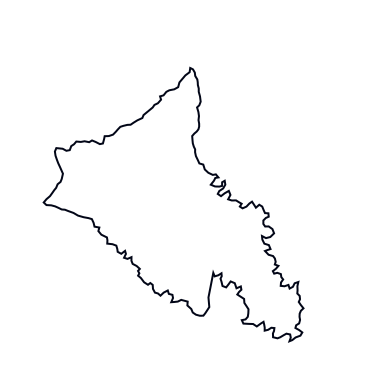 Palma Sola, Santa Catarina, Brazil (orthographic projection), rotated 285°
{"feature_id": "56859067B30119387857874", "entity_name": "Palma Sola", "entity_type": "district", "adm_level": 2, "iso_a3": "BRA", "parent_name": "Brazil", "parent_adm1": "Santa Catarina", "projection": "orthographic", "projection_center": [-53.322, -26.383], "detail": "fine", "context": "isolated", "style": "outline", "palette": "ink", "viewbox_px": 384, "rotation_deg": 285, "n_neighbors": 0, "source": "geoboundaries", "source_scale": "gbopen_adm2", "svg_char_len": 3639}
<svg xmlns="http://www.w3.org/2000/svg" viewBox="0 0 384 384"><g transform="rotate(285 192 192)"><path d="M141.7,54.8L142.7,59.5L142.7,63.5L142.1,67.2L141.4,70.7L142.0,73.8L141.6,77.2L141.1,83.0L139.7,88.0L139.6,93.9L140.0,98.8L139.9,102.3L136.8,104.9L133.3,106.8L133.7,111.7L130.0,111.7L127.3,115.5L126.1,121.6L123.5,122.8L120.2,123.5L121.0,128.7L120.6,132.8L117.6,134.6L115.0,135.7L114.0,139.7L117.8,142.6L115.1,144.2L110.9,143.4L110.7,147.0L113.4,150.4L109.9,151.3L107.2,153.3L106.2,157.7L104.2,161.5L101.8,160.3L99.8,162.2L97.2,161.6L95.7,164.9L92.4,169.1L91.0,173.5L93.3,175.3L92.1,178.1L88.3,179.4L85.2,182.3L85.2,185.4L83.7,188.4L87.5,190.7L90.6,194.1L87.6,196.0L87.6,199.7L84.7,201.1L80.2,200.5L81.2,203.4L82.5,206.7L85.0,209.5L85.0,216.2L81.2,216.9L78.8,221.6L75.8,223.9L74.5,227.6L74.5,231.7L75.5,235.0L78.3,236.2L81.9,237.4L85.3,238.5L94.4,235.2L119.4,233.5L116.4,235.8L118.4,239.0L121.1,241.5L118.4,242.5L115.6,242.0L113.0,243.7L109.1,245.8L108.7,249.7L112.0,251.1L115.6,252.5L115.0,256.9L110.5,259.9L113.4,263.6L110.4,265.0L107.6,263.3L104.7,262.3L103.6,265.7L102.2,270.0L98.4,271.3L96.2,273.8L93.4,276.9L89.4,277.8L85.9,278.2L82.8,276.7L81.1,273.3L78.2,275.7L79.2,280.5L80.3,285.2L78.9,289.4L82.6,292.4L85.1,294.7L82.5,296.1L79.9,297.3L76.9,298.1L78.6,301.2L81.4,303.8L81.9,306.8L79.0,307.2L76.3,306.8L72.7,307.9L72.8,312.5L74.5,314.8L77.6,317.8L79.6,319.9L79.8,323.7L76.9,325.1L73.1,324.8L74.9,327.2L78.3,329.7L81.3,333.9L84.9,334.9L86.4,331.2L87.4,327.1L90.2,327.1L92.8,329.5L96.4,329.5L99.2,328.2L102.3,327.5L105.4,327.9L108.5,329.8L111.0,326.4L113.4,323.6L116.4,324.1L119.5,322.9L121.2,320.0L124.4,319.4L128.3,318.2L132.6,318.0L130.4,314.8L126.5,314.0L124.0,311.3L127.2,309.2L124.9,305.8L124.3,302.0L127.7,301.4L131.1,302.7L132.9,300.3L135.7,299.1L136.0,295.3L134.4,292.5L136.5,290.6L139.5,292.9L143.0,294.6L143.4,290.8L146.2,290.9L149.2,289.3L151.1,286.9L151.2,282.2L153.9,277.8L155.6,280.1L157.2,282.6L160.6,280.0L160.8,275.3L164.2,272.3L167.6,271.0L166.6,275.4L168.8,279.3L173.3,282.0L177.0,279.3L178.6,275.0L177.6,271.6L179.6,269.2L183.0,268.3L186.1,270.1L188.0,272.5L191.2,271.3L190.5,268.0L192.8,266.1L196.1,263.6L197.1,260.3L193.4,257.8L195.5,255.5L198.2,252.5L195.7,250.4L192.0,248.4L189.3,245.1L190.3,242.0L193.5,243.0L194.3,239.9L195.3,236.7L194.1,232.6L194.3,228.8L199.1,229.9L202.6,227.3L199.2,223.9L195.5,221.1L196.8,217.4L200.0,218.1L203.5,221.2L207.7,222.3L211.3,220.7L209.2,218.6L205.7,219.5L204.3,217.0L203.3,212.8L203.9,208.3L208.6,210.3L211.6,210.9L212.9,213.7L215.2,210.5L213.9,207.7L214.8,202.8L217.1,198.5L221.4,195.8L221.5,191.7L224.1,189.6L227.7,186.5L231.2,184.7L234.0,184.0L236.3,182.0L239.2,180.2L242.4,179.0L246.1,177.7L249.0,179.1L251.6,180.9L254.2,182.0L257.0,182.0L259.9,181.2L263.1,179.7L267.1,179.1L270.9,177.5L275.0,175.0L277.6,176.6L281.5,177.0L286.4,175.0L290.5,172.6L293.8,171.7L296.8,170.0L299.6,169.1L302.1,168.0L304.9,165.1L308.1,163.8L310.7,161.2L311.3,158.2L307.1,158.7L302.9,155.4L294.6,151.5L289.7,151.5L286.6,148.3L284.4,143.8L282.1,141.3L278.0,139.5L276.1,136.4L273.2,138.2L268.9,136.1L266.4,133.2L263.5,132.2L253.8,125.3L250.6,124.9L247.1,120.7L243.9,117.7L241.1,115.3L240.1,112.2L238.2,108.7L236.4,105.9L233.1,104.1L230.6,102.9L227.0,100.9L224.5,97.2L223.3,93.2L220.3,93.4L215.8,93.4L214.4,90.6L215.4,86.0L215.9,82.1L213.5,79.8L213.2,75.1L211.6,71.7L210.8,67.2L207.6,65.7L205.1,63.5L200.8,63.1L199.3,60.0L200.3,55.9L199.3,49.6L195.6,49.1L191.7,50.8L188.0,53.3L185.1,55.4L182.0,58.0L178.9,60.5L176.3,62.6L170.9,62.8L167.7,62.4L164.7,60.2L160.8,59.7L158.2,58.5L154.6,57.2L151.2,55.9L147.4,53.3L143.5,51.5L141.7,54.8Z" fill="none" stroke="#020617" stroke-width="2"/></g></svg>